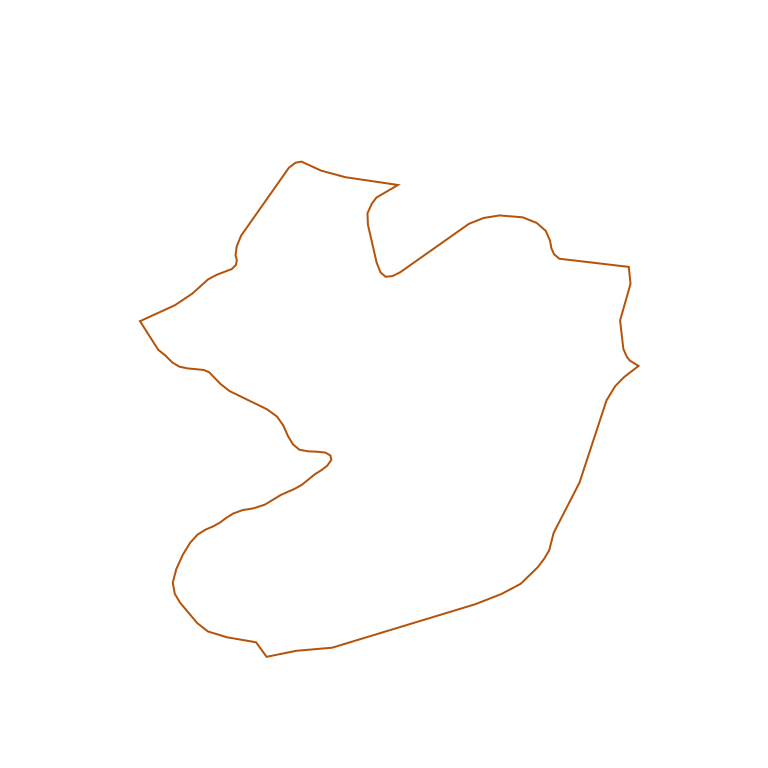 outline of Thái Nguyên, rotated 249°
{"feature_id": "VNM-452", "entity_name": "Thái Nguyên", "entity_type": "Province", "adm_level": 1, "iso_a3": "VNM", "parent_name": "Vietnam", "parent_adm1": "", "projection": "natural_earth1", "projection_center": [105.891, 21.681], "detail": "fine", "context": "isolated", "style": "outline", "palette": "amber", "viewbox_px": 768, "rotation_deg": 249, "n_neighbors": 0, "source": "natural_earth", "source_scale": "10m", "svg_char_len": 1402}
<svg xmlns="http://www.w3.org/2000/svg" viewBox="0 0 768 768"><g transform="rotate(249 384 384)"><path d="M184.2,489.0L169.7,478.8L163.6,471.1L158.0,462.2L148.5,440.0L145.9,418.6L145.7,390.7L156.4,241.1L166.4,206.3L171.4,176.6L188.7,172.0L203.9,146.5L216.1,130.9L227.8,123.9L252.8,115.3L263.1,113.5L274.3,115.6L285.7,123.8L296.8,135.1L305.3,146.2L310.2,155.9L312.0,165.3L312.3,173.0L313.4,181.1L315.6,188.8L317.1,196.6L317.0,206.5L314.7,217.5L314.1,229.5L317.4,247.9L318.2,263.4L319.3,271.1L324.5,287.0L326.1,295.1L328.1,301.8L332.1,307.7L336.5,308.3L341.0,304.7L344.7,297.4L348.3,289.1L352.9,281.5L360.3,277.4L369.7,275.7L381.2,275.1L391.8,272.5L402.2,265.8L432.7,237.3L442.6,231.4L457.6,225.0L461.7,220.8L468.9,206.3L473.5,199.2L479.8,194.2L489.5,189.8L496.8,185.5L530.1,178.7L532.5,217.1L537.1,237.4L544.7,257.2L545.9,266.6L545.9,283.2L548.2,288.3L552.1,290.9L557.5,291.6L565.1,295.7L573.6,303.6L620.1,372.9L622.3,380.7L621.2,386.6L605.6,401.9L591.0,421.9L564.8,468.3L560.8,443.8L556.8,437.4L549.4,429.8L538.6,426.1L499.7,420.6L489.2,420.8L483.5,424.0L481.7,430.4L482.5,439.1L503.1,520.6L503.3,536.4L500.0,552.2L489.9,573.2L479.6,584.3L468.9,589.9L458.3,590.4L450.7,588.9L444.1,589.3L438.1,592.6L405.6,654.5L389.1,650.0L358.8,627.2L330.9,620.0L322.3,620.5L317.9,621.8L309.6,628.1L304.5,610.9L299.1,599.0L288.9,585.8L221.8,531.1L184.2,489.0Z" fill="none" stroke="#b45309" stroke-width="2"/></g></svg>